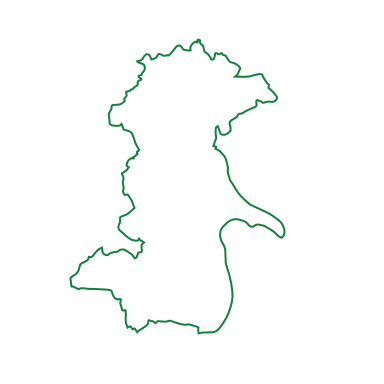 Tuyen Quang, Tuyên Quang, Vietnam (orthographic projection), rotated 14°
{"feature_id": "81297802B47439602304770", "entity_name": "Tuyen Quang", "entity_type": "district", "adm_level": 2, "iso_a3": "VNM", "parent_name": "Vietnam", "parent_adm1": "Tuyên Quang", "projection": "orthographic", "projection_center": [105.218, 21.783], "detail": "fine", "context": "isolated", "style": "outline", "palette": "green", "viewbox_px": 384, "rotation_deg": 14, "n_neighbors": 0, "source": "geoboundaries", "source_scale": "gbopen_adm2", "svg_char_len": 5997}
<svg xmlns="http://www.w3.org/2000/svg" viewBox="0 0 384 384"><g transform="rotate(14 192 192)"><path d="M289.9,214.7L290.9,213.3L291.3,212.2L291.6,210.5L291.5,208.8L290.6,205.7L289.1,203.5L287.9,202.0L286.3,200.6L284.5,199.3L280.9,197.5L276.0,195.6L271.1,194.0L251.3,190.1L244.5,186.6L240.2,184.0L236.9,181.5L233.2,178.2L229.9,174.8L226.3,171.5L224.6,169.0L222.0,164.4L220.7,158.9L220.1,158.0L219.5,156.6L217.1,152.2L215.3,150.0L213.9,148.8L209.3,145.7L206.4,144.7L204.3,144.4L204.5,143.3L204.5,142.4L204.3,142.2L201.7,142.2L202.0,137.7L202.5,134.1L200.9,129.8L200.2,127.1L199.6,124.1L199.9,123.1L201.1,121.9L205.0,127.7L205.8,128.6L206.7,129.0L208.7,128.9L209.7,128.6L210.8,128.0L212.3,126.8L213.6,124.9L214.4,123.6L214.5,122.6L213.6,119.6L211.9,116.5L211.8,114.8L212.2,113.8L213.3,112.4L217.0,108.8L217.5,107.8L217.9,106.0L218.6,105.0L219.5,104.4L220.8,104.0L221.6,103.6L224.9,100.3L227.5,98.1L231.7,95.0L233.2,93.6L233.6,93.0L233.6,92.5L233.4,91.1L232.6,89.2L232.5,88.0L232.6,87.5L232.9,87.2L233.7,86.9L235.3,87.3L236.9,87.3L239.0,88.3L239.4,88.3L243.1,86.3L245.3,85.5L248.0,85.2L250.2,84.1L250.9,83.2L251.6,81.8L251.7,80.5L251.3,79.0L247.7,76.2L245.7,74.9L243.3,73.5L241.2,72.7L241.0,72.0L240.9,70.2L240.6,69.4L240.2,69.0L238.8,68.4L234.0,64.1L231.7,61.3L230.6,60.9L229.5,61.0L225.1,63.0L219.5,66.1L214.9,67.6L205.9,69.6L207.7,67.1L208.9,60.1L206.5,58.3L203.9,57.2L200.8,56.7L199.0,56.8L197.8,56.7L196.7,56.2L195.2,55.0L193.6,53.5L191.8,51.6L188.8,51.4L187.2,50.1L186.7,50.2L186.0,51.0L184.9,51.7L183.9,51.9L182.8,51.4L181.5,51.4L181.2,51.7L180.9,52.3L181.2,54.0L181.1,57.2L180.1,58.3L179.4,58.7L178.6,58.6L178.1,58.3L177.4,57.0L174.5,54.6L170.4,52.8L169.7,52.1L168.0,48.5L167.3,47.5L166.6,47.0L165.8,46.9L163.8,45.2L163.0,44.0L163.3,43.1L162.7,42.7L161.2,42.7L160.8,42.9L160.5,43.5L160.6,44.2L161.1,45.1L161.1,45.6L160.7,45.7L159.8,45.4L158.8,45.4L157.1,47.3L156.2,48.9L155.5,51.2L155.4,52.3L155.5,53.0L156.1,54.1L156.3,54.9L155.3,55.4L153.4,55.7L150.0,55.9L149.2,55.8L148.4,55.3L147.3,54.2L146.3,53.4L144.5,53.0L143.5,53.2L142.4,53.8L141.7,54.7L137.6,63.5L136.0,65.3L135.0,65.2L132.5,66.5L131.5,66.7L128.3,66.0L126.6,66.0L126.0,66.5L125.6,67.1L124.9,69.8L124.3,70.7L122.6,72.2L120.7,73.3L118.2,70.1L117.2,69.3L114.7,69.1L114.3,69.4L113.0,71.4L112.2,73.3L112.0,74.4L110.5,76.7L107.2,78.4L107.7,78.9L109.6,79.4L112.8,79.6L113.9,79.9L114.8,80.4L115.6,81.4L116.1,82.4L116.3,84.4L116.3,85.8L114.8,88.9L114.7,90.5L114.6,90.9L112.7,91.7L112.3,92.0L112.2,92.3L112.5,93.2L113.1,93.9L115.1,94.2L115.6,95.0L115.2,95.8L113.5,96.9L112.8,97.7L112.6,98.7L113.2,100.0L113.4,100.9L112.8,102.0L110.2,104.8L110.1,106.0L109.2,106.9L107.6,107.5L107.6,108.5L107.0,109.0L105.1,110.0L104.9,110.3L104.0,110.6L103.9,111.3L105.1,113.7L105.2,114.2L105.0,115.1L103.8,117.8L103.8,118.4L104.6,119.8L104.6,120.4L102.0,123.6L101.4,124.0L100.1,124.8L94.4,126.7L93.4,127.5L93.3,128.2L93.7,131.0L92.4,135.7L92.8,137.9L94.9,143.3L95.6,145.6L96.1,146.1L98.4,146.7L102.8,146.1L105.0,145.4L105.9,144.9L106.4,144.5L107.2,143.1L109.2,145.7L110.2,147.5L110.5,147.8L111.2,148.0L116.0,148.2L117.5,148.5L118.8,149.0L119.6,149.8L121.7,152.6L125.1,157.9L126.6,159.8L130.5,163.9L130.2,165.0L129.1,165.8L129.0,166.1L129.1,167.7L129.9,168.2L130.0,168.6L129.0,169.3L128.3,171.0L126.6,172.3L127.3,173.3L127.3,173.6L126.6,173.8L125.6,173.6L125.1,173.8L123.3,175.7L122.7,176.7L122.1,178.6L121.9,181.4L122.0,181.9L123.2,182.9L124.7,183.3L123.1,187.0L119.7,190.7L119.5,190.8L119.8,191.6L121.8,194.1L122.1,195.0L122.3,196.0L122.5,199.4L124.7,204.6L124.9,205.3L124.7,206.6L124.9,208.1L125.2,208.7L126.9,210.8L127.7,211.1L129.9,210.1L130.8,210.4L135.3,214.7L136.3,216.0L140.0,221.4L137.3,225.5L135.1,228.5L134.2,229.5L128.7,233.4L128.5,234.3L129.5,239.2L129.1,240.4L129.0,241.7L129.0,243.2L129.1,244.1L129.5,245.0L130.0,245.8L130.9,246.6L135.1,248.6L137.4,250.0L140.6,251.5L144.6,252.9L148.1,253.0L150.5,252.5L151.2,252.1L151.6,251.5L151.9,250.1L152.4,250.6L153.9,251.4L155.8,251.9L157.7,252.6L156.2,254.5L155.9,255.7L156.1,256.9L157.5,260.9L157.6,262.2L157.4,262.5L156.8,262.9L154.9,263.6L154.5,264.1L154.1,268.5L153.6,269.3L152.5,270.2L148.8,267.2L143.1,265.1L140.5,264.3L138.6,264.5L136.9,265.2L135.7,265.9L134.7,267.4L133.6,268.2L131.2,269.1L127.5,271.1L126.7,271.9L126.0,273.1L125.2,273.7L124.5,273.9L123.6,274.0L121.9,273.6L121.1,273.3L120.3,272.6L119.7,271.8L118.2,267.8L116.8,268.8L115.3,270.1L113.8,272.4L110.9,278.7L110.4,279.2L109.4,279.6L107.6,279.9L107.6,282.2L106.8,283.8L105.3,285.4L102.5,287.5L101.1,289.3L101.0,289.9L100.9,295.7L100.4,297.1L99.3,299.5L95.0,304.4L94.9,305.0L95.2,305.9L97.8,312.7L98.1,312.8L99.7,312.5L105.5,313.8L106.6,312.8L107.7,312.2L110.2,311.6L115.8,310.9L119.3,310.0L132.5,307.4L135.9,307.0L137.3,307.2L138.0,307.8L140.2,311.0L141.7,312.8L143.1,313.7L144.3,314.1L145.9,314.3L148.2,313.3L148.6,313.3L148.9,313.5L149.2,315.1L149.2,317.2L153.0,323.5L153.4,323.7L154.1,323.6L155.6,322.8L155.8,322.8L156.1,322.9L157.4,326.5L158.2,330.9L159.6,335.3L161.6,337.9L162.3,339.2L163.8,337.7L164.9,337.3L167.6,339.6L168.9,338.4L169.6,338.4L172.7,341.3L173.1,340.3L179.0,334.0L180.4,332.0L181.0,330.8L181.1,330.0L180.9,328.1L181.2,326.9L181.9,327.0L185.0,326.9L186.0,327.1L188.2,328.1L188.9,327.3L190.0,325.6L196.6,324.5L198.6,323.9L200.8,322.6L201.9,322.2L212.8,323.0L218.1,322.4L219.6,321.6L220.6,321.3L223.2,321.2L229.6,321.5L230.9,321.8L231.1,321.9L231.3,324.4L232.6,327.6L235.4,326.1L245.3,323.3L247.5,322.3L249.2,321.0L251.0,318.7L253.5,313.1L255.7,305.9L256.5,301.8L257.0,298.0L257.3,292.5L257.2,287.9L256.7,284.1L255.1,278.4L252.2,271.3L248.7,264.2L244.0,256.4L241.9,252.7L238.4,240.5L236.5,236.9L232.0,232.0L230.5,229.1L229.6,226.9L229.2,224.2L229.1,222.7L229.3,221.5L230.1,218.8L232.0,215.6L234.2,212.3L235.8,210.7L237.2,209.6L239.6,208.2L242.3,207.5L245.0,207.4L248.7,207.6L251.4,208.1L253.4,209.2L255.5,210.7L256.9,211.3L258.0,211.3L259.7,210.8L261.7,208.7L262.6,208.1L263.6,207.7L265.4,207.4L270.7,207.4L280.5,210.5L286.4,213.8L288.3,214.5L289.9,214.7Z" fill="none" stroke="#15803d" stroke-width="2"/></g></svg>